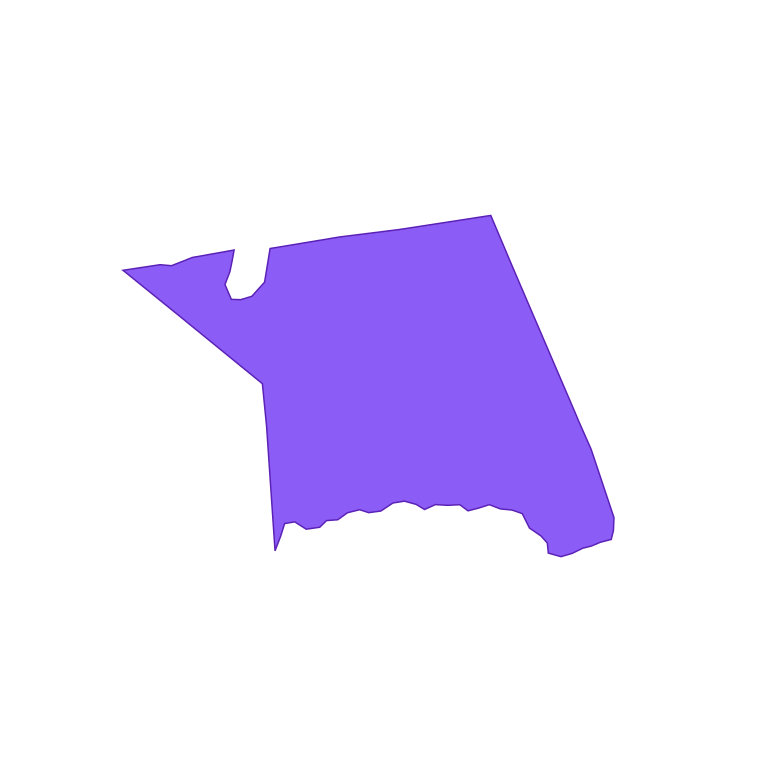 Umbaúba, Sergipe, Brazil (orthographic projection), rotated 309°
{"feature_id": "56859067B33305464141622", "entity_name": "Umbaúba", "entity_type": "district", "adm_level": 2, "iso_a3": "BRA", "parent_name": "Brazil", "parent_adm1": "Sergipe", "projection": "orthographic", "projection_center": [-37.678, -11.396], "detail": "fine", "context": "isolated", "style": "filled", "palette": "violet", "viewbox_px": 768, "rotation_deg": 309, "n_neighbors": 0, "source": "geoboundaries", "source_scale": "gbopen_adm2", "svg_char_len": 915}
<svg xmlns="http://www.w3.org/2000/svg" viewBox="0 0 768 768"><g transform="rotate(309 384 384)"><path d="M393.8,183.2L361.7,155.4L342.2,144.4L335.8,134.9L308.1,109.6L308.1,136.4L308.1,178.1L307.7,289.3L277.1,319.5L185.8,404.3L200.6,399.5L213.0,394.6L220.7,401.4L222.2,414.9L232.2,424.2L241.7,425.3L249.4,433.5L260.9,436.6L271.0,444.2L274.4,453.1L283.3,461.5L297.1,465.8L305.8,473.6L310.7,484.8L312.0,494.5L322.6,499.8L329.7,509.7L337.9,518.9L338.3,529.1L346.8,535.4L356.5,541.8L360.2,553.1L366.6,562.8L370.3,573.0L363.6,587.7L364.7,601.7L363.2,611.0L356.0,618.1L361.2,630.2L370.9,636.9L381.5,641.8L388.5,647.1L397.1,651.7L406.2,658.4L414.4,654.6L424.9,646.8L463.6,586.1L477.8,558.4L482.8,549.1L555.9,410.2L582.2,360.9L513.4,298.4L470.7,257.3L417.6,210.2L388.0,227.1L369.0,226.1L359.3,219.5L353.7,212.1L361.2,197.8L374.2,193.6L383.7,188.7L393.8,183.2Z" fill="#8b5cf6" stroke="#5b21b6" stroke-width="1.5"/></g></svg>